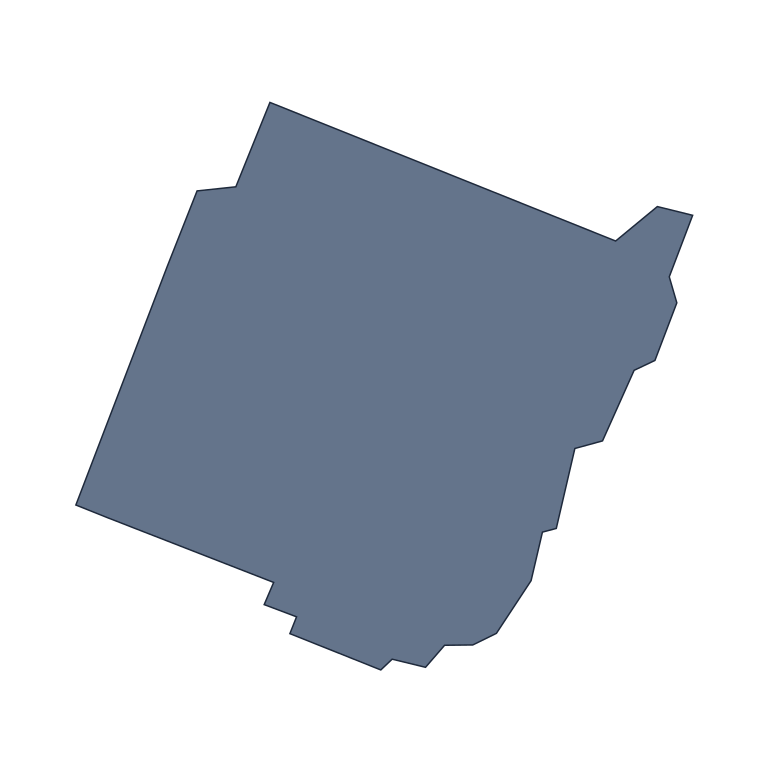 Pike, Georgia, United States of America (Equal Earth projection), rotated 201°
{"feature_id": "52423323B93853380479562", "entity_name": "Pike", "entity_type": "district", "adm_level": 2, "iso_a3": "USA", "parent_name": "United States of America", "parent_adm1": "Georgia", "projection": "equal_earth", "projection_center": [-84.437, 33.09], "detail": "fine", "context": "isolated", "style": "filled", "palette": "slate", "viewbox_px": 768, "rotation_deg": 201, "n_neighbors": 0, "source": "geoboundaries", "source_scale": "gbopen_adm2", "svg_char_len": 519}
<svg xmlns="http://www.w3.org/2000/svg" viewBox="0 0 768 768"><g transform="rotate(201 384 384)"><path d="M207.6,172.2L189.7,191.5L176.2,253.1L183.0,302.5L171.4,310.9L182.7,392.2L159.6,409.2L155.4,486.4L139.5,503.1L139.7,564.7L156.1,586.3L156.3,652.1L192.4,647.6L219.0,600.5L591.4,606.0L593.0,515.0L627.7,497.3L628.5,415.9L628.3,160.6L594.2,160.1L415.9,159.2L416.8,135.1L382.2,135.3L382.4,117.2L284.5,115.9L277.8,130.0L243.7,134.4L233.8,161.8L207.6,172.2Z" fill="#64748b" stroke="#1e293b" stroke-width="1.5"/></g></svg>